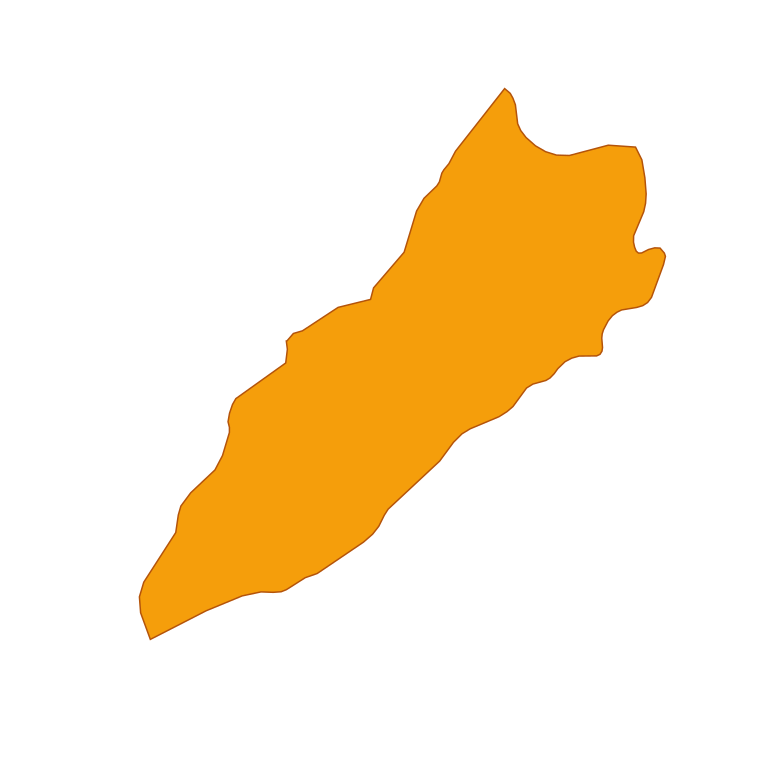 SVG path tracing the border of Calarasi, rotated 136°
{"feature_id": "ROU-129", "entity_name": "Calarasi", "entity_type": "County", "adm_level": 1, "iso_a3": "ROU", "parent_name": "Romania", "parent_adm1": "", "projection": "equal_earth", "projection_center": [26.943, 44.314], "detail": "fine", "context": "isolated", "style": "filled", "palette": "amber", "viewbox_px": 768, "rotation_deg": 136, "n_neighbors": 0, "source": "natural_earth", "source_scale": "10m", "svg_char_len": 1474}
<svg xmlns="http://www.w3.org/2000/svg" viewBox="0 0 768 768"><g transform="rotate(136 384 384)"><path d="M414.1,483.3L405.7,478.9L363.8,471.0L334.9,454.2L324.7,460.4L278.0,464.8L240.4,485.8L226.2,489.8L208.4,489.8L203.8,490.9L195.9,495.5L192.1,496.5L184.2,497.4L170.8,501.8L92.0,512.7L91.3,505.4L92.7,500.1L95.5,493.6L107.1,478.3L109.6,471.3L110.6,462.7L109.6,450.1L106.4,438.9L100.9,428.8L91.9,419.6L56.8,400.0L38.5,379.7L42.8,366.1L53.1,351.1L63.4,338.6L70.3,332.3L77.5,327.5L101.5,317.2L106.0,312.7L108.7,308.3L110.3,304.3L110.0,301.4L107.7,299.3L100.3,297.0L94.7,293.9L91.0,290.0L91.4,283.4L92.9,280.3L99.9,275.8L131.4,260.5L137.8,259.5L143.4,260.6L149.0,263.5L161.6,272.2L166.5,273.8L172.2,274.5L178.9,273.7L188.3,270.6L192.2,268.5L195.5,265.7L201.5,258.4L204.4,256.2L208.0,255.3L211.5,256.5L224.3,268.6L231.0,272.2L238.3,274.3L248.3,274.3L254.4,273.2L260.4,273.0L265.1,274.1L276.9,280.5L284.2,282.1L306.9,278.2L314.8,278.7L324.0,280.6L353.1,291.9L362.5,294.0L374.5,293.8L397.5,289.9L468.0,291.1L475.0,289.4L486.5,285.3L496.4,283.9L508.5,284.5L563.7,294.1L575.2,299.4L597.2,303.9L602.3,306.0L608.4,311.1L616.9,319.9L633.2,330.1L669.4,344.4L729.5,362.6L718.0,388.5L707.8,400.8L694.5,408.3L637.0,421.8L622.9,432.7L614.9,437.3L598.6,440.0L565.3,439.6L549.9,444.7L528.9,456.5L525.3,460.2L522.4,465.2L515.4,470.3L507.2,474.5L500.7,476.4L440.1,467.4L434.3,472.1L429.4,476.1L424.4,482.8L423.8,482.4L414.1,483.3Z" fill="#f59e0b" stroke="#b45309" stroke-width="1.5"/></g></svg>